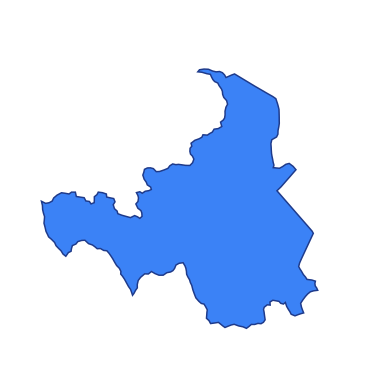 the district of Piraí, Rio de Janeiro, Brazil, rotated 103°
{"feature_id": "56859067B32133246810873", "entity_name": "Piraí", "entity_type": "district", "adm_level": 2, "iso_a3": "BRA", "parent_name": "Brazil", "parent_adm1": "Rio de Janeiro", "projection": "natural_earth1", "projection_center": [-43.898, -22.656], "detail": "fine", "context": "isolated", "style": "filled", "palette": "blue", "viewbox_px": 384, "rotation_deg": 103, "n_neighbors": 0, "source": "geoboundaries", "source_scale": "gbopen_adm2", "svg_char_len": 3779}
<svg xmlns="http://www.w3.org/2000/svg" viewBox="0 0 384 384"><g transform="rotate(103 192 192)"><path d="M205.0,64.5L203.1,66.2L200.1,70.3L171.7,109.5L166.9,106.4L146.9,95.7L144.3,99.2L142.3,103.7L143.9,106.8L146.7,109.3L149.2,112.1L150.0,118.3L147.4,118.2L144.8,119.6L142.2,120.7L138.7,122.3L136.5,123.2L133.2,124.2L130.7,124.9L127.1,126.0L123.1,126.0L119.4,122.0L116.4,121.3L112.8,122.0L108.8,122.1L105.4,122.4L103.1,123.0L99.7,123.8L95.4,124.9L92.0,125.8L89.2,127.2L86.8,128.5L82.2,131.3L80.8,134.8L78.9,141.2L74.7,154.8L67.4,177.1L69.1,179.7L72.8,184.6L70.6,186.6L68.9,189.2L68.4,192.2L69.5,195.5L69.5,199.1L68.7,203.5L69.5,207.9L71.2,212.2L73.6,213.4L73.1,209.3L73.4,204.1L73.2,200.6L75.6,198.8L77.8,196.9L79.3,194.8L80.0,191.4L82.3,189.5L85.1,186.4L87.2,185.0L90.0,184.1L92.7,182.3L95.2,178.8L98.5,177.1L101.7,178.0L105.8,178.0L109.5,177.1L112.6,176.9L114.8,177.7L117.5,179.9L121.5,177.7L124.3,180.7L125.8,184.6L129.1,185.7L131.2,188.1L133.1,189.8L133.8,194.2L136.4,194.7L138.5,197.0L141.0,200.9L144.7,203.9L147.4,202.5L149.8,203.7L152.9,203.2L155.4,202.0L156.9,199.7L159.5,197.6L163.3,198.0L166.6,200.0L167.5,204.3L167.8,207.9L168.1,211.3L169.0,213.9L169.0,217.1L171.4,219.5L174.4,220.8L176.6,223.9L179.3,228.2L180.2,231.4L177.9,234.9L177.8,237.9L178.6,240.9L180.6,243.4L183.6,243.4L186.6,243.7L190.3,241.5L192.8,238.7L195.1,237.2L196.5,233.4L198.7,232.2L200.4,234.4L201.8,237.8L204.4,240.2L203.5,242.9L205.1,246.0L207.6,243.9L209.8,242.8L213.4,242.5L216.3,244.0L220.0,241.1L221.6,237.6L223.7,236.2L227.0,235.2L229.4,236.9L228.4,239.6L227.9,242.6L230.8,246.2L230.6,250.8L230.4,255.2L229.8,259.4L227.4,260.7L225.7,263.8L222.1,265.9L218.9,264.8L216.0,266.8L216.1,270.6L216.1,274.0L213.2,275.0L212.8,279.1L213.2,283.3L215.9,284.0L218.6,286.1L221.6,285.4L224.4,284.9L226.3,287.7L224.3,289.9L224.6,293.4L221.8,295.8L222.1,299.3L222.4,303.7L218.4,305.6L219.2,309.3L221.6,311.4L221.8,315.6L222.1,319.0L225.4,322.8L228.9,325.4L232.3,326.2L234.6,328.8L236.0,332.1L234.9,336.6L238.8,334.7L242.7,333.6L246.0,332.0L249.2,330.1L252.6,329.6L255.7,329.2L259.1,327.4L263.2,325.4L265.9,323.2L268.0,321.6L269.7,318.3L272.1,314.5L274.9,312.4L277.1,309.1L278.7,306.4L281.5,303.7L283.0,300.5L278.8,298.8L277.0,296.5L274.3,296.7L271.1,296.5L268.8,293.4L266.0,292.1L264.0,288.6L263.1,285.5L265.6,281.2L266.0,277.1L267.2,274.3L268.6,271.6L267.7,268.5L268.8,264.9L268.4,261.8L270.4,259.0L272.5,256.7L274.7,254.4L278.0,251.4L280.6,248.9L282.7,245.6L285.4,243.4L288.0,243.0L289.5,241.0L292.0,238.3L295.7,235.0L298.5,232.5L300.7,230.0L303.2,228.4L306.0,226.7L303.7,225.7L300.6,224.9L297.7,223.7L294.5,224.5L290.3,224.5L286.7,222.9L282.4,219.7L281.7,216.1L278.6,213.6L279.8,209.8L280.5,205.4L279.5,201.3L276.3,198.4L274.7,194.8L272.9,192.9L270.5,191.8L266.8,191.2L264.4,188.6L262.9,184.8L265.6,182.2L267.7,180.8L270.5,179.6L273.4,178.7L275.7,176.9L278.0,174.7L280.6,173.2L283.1,171.2L287.2,169.1L291.1,166.6L294.3,164.4L296.9,160.8L298.5,157.9L298.5,155.1L300.5,153.1L303.4,150.6L305.8,150.4L308.4,150.0L311.8,149.5L313.5,146.5L316.0,144.3L314.5,140.4L313.1,136.9L314.3,134.4L315.5,132.0L316.6,129.4L314.4,126.3L312.7,123.8L311.4,121.1L312.0,116.4L311.9,111.9L312.6,108.3L310.4,106.4L307.7,104.4L307.0,101.2L305.2,98.2L304.8,95.1L302.9,93.1L300.1,92.0L296.2,93.5L292.7,94.8L290.3,95.9L288.0,95.7L285.0,93.3L284.6,90.4L281.7,91.3L279.3,88.9L279.1,85.3L279.0,82.6L280.5,80.5L280.6,77.7L278.6,76.2L282.2,74.0L284.9,71.5L286.6,69.7L288.8,67.9L289.5,63.8L287.4,60.7L286.0,58.4L284.7,56.0L282.4,57.6L279.6,59.4L276.0,61.1L271.9,59.6L268.3,58.0L265.4,56.4L262.6,54.2L260.9,51.2L259.5,47.4L257.5,48.9L255.8,50.8L253.4,51.7L251.1,51.7L250.8,55.4L251.3,60.3L249.4,62.2L247.4,64.9L244.5,67.6L242.6,69.6L240.6,71.3L237.0,71.2L232.3,70.3L205.0,64.5Z" fill="#3b82f6" stroke="#1e3a8a" stroke-width="1.5"/></g></svg>